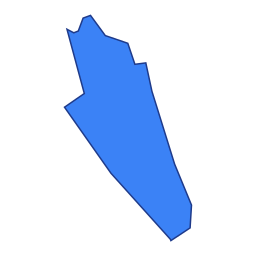 map outline of Merthyr Tydfil (Albers equal-area conic projection)
{"feature_id": "GBR-2114", "entity_name": "Merthyr Tydfil", "entity_type": "Unitary Authority (wales)", "adm_level": 1, "iso_a3": "GBR", "parent_name": "United Kingdom", "parent_adm1": "", "projection": "albers", "projection_center": [-3.362, 51.738], "detail": "fine", "context": "isolated", "style": "filled", "palette": "blue", "viewbox_px": 256, "rotation_deg": 0, "n_neighbors": 0, "source": "natural_earth", "source_scale": "10m", "svg_char_len": 341}
<svg xmlns="http://www.w3.org/2000/svg" viewBox="0 0 256 256"><path d="M145.8,62.9L151.9,91.2L174.6,164.1L191.5,205.1L190.1,227.9L170.9,240.6L170.4,239.3L111.0,173.3L64.5,107.2L84.3,93.5L67.0,29.3L73.8,32.8L78.3,31.0L83.1,18.1L90.5,15.4L105.3,35.6L127.8,43.3L134.9,64.3L145.8,62.9Z" fill="#3b82f6" stroke="#1e3a8a" stroke-width="1.5"/></svg>